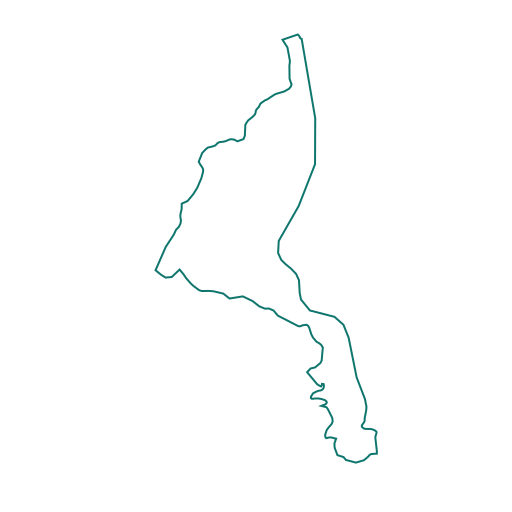 the District of Geylegphug, rotated 264°
{"feature_id": "BTN-2482", "entity_name": "Geylegphug", "entity_type": "District", "adm_level": 1, "iso_a3": "BTN", "parent_name": "Bhutan", "parent_adm1": "", "projection": "orthographic", "projection_center": [90.239, 26.953], "detail": "fine", "context": "isolated", "style": "outline", "palette": "teal", "viewbox_px": 512, "rotation_deg": 264, "n_neighbors": 0, "source": "natural_earth", "source_scale": "10m", "svg_char_len": 2612}
<svg xmlns="http://www.w3.org/2000/svg" viewBox="0 0 512 512"><g transform="rotate(264 256 256)"><path d="M83.5,347.2L80.7,346.8L79.4,346.1L76.6,343.6L75.1,343.4L73.3,345.0L72.5,347.0L72.4,348.8L72.2,349.7L72.2,350.6L71.7,352.9L70.5,355.5L68.8,357.4L67.6,357.4L64.2,356.0L62.8,355.7L48.7,355.8L46.7,355.4L46.9,353.9L47.0,349.7L46.3,348.3L44.3,346.0L41.6,342.0L40.1,333.7L43.8,324.1L46.9,322.0L49.4,316.2L55.8,314.5L57.5,314.2L60.0,314.3L61.4,314.4L66.0,316.6L66.7,314.3L67.2,313.3L67.7,311.7L67.9,310.1L67.5,306.8L68.6,306.1L70.7,306.0L75.3,308.0L77.6,310.0L81.3,313.9L83.7,315.0L87.0,314.9L96.1,311.5L98.2,310.3L100.1,305.3L100.7,307.4L100.9,308.4L101.2,309.5L101.9,310.4L102.9,311.1L104.1,310.8L105.4,309.6L106.8,306.5L107.8,303.2L108.1,300.3L108.1,296.7L108.9,295.8L110.4,296.0L113.4,298.3L114.6,301.1L115.4,304.0L115.6,306.7L116.4,308.4L118.1,309.6L120.1,310.0L121.6,309.8L121.9,308.3L121.1,308.2L120.3,307.6L119.5,307.0L120.8,305.0L122.1,303.4L135.1,294.7L138.4,298.5L139.0,303.1L142.9,308.9L145.2,310.4L149.9,311.3L157.9,312.9L160.7,311.6L162.7,309.7L164.3,307.3L168.8,304.2L172.4,302.8L178.8,301.5L181.1,300.6L182.3,299.1L182.3,296.2L182.2,295.2L182.0,294.3L181.6,293.3L181.5,292.1L181.9,290.6L194.4,271.5L199.9,267.8L202.4,263.4L202.7,259.4L205.6,254.0L211.6,247.8L217.2,238.7L216.5,225.2L222.0,219.6L225.4,209.9L226.1,206.1L226.9,198.2L228.0,195.8L232.9,190.5L235.7,188.1L241.3,184.2L245.4,182.0L250.5,178.6L243.9,170.0L244.0,163.8L247.3,159.6L252.3,154.6L274.5,167.2L285.9,176.5L290.4,179.2L293.1,182.4L295.2,183.7L296.8,184.5L298.3,184.9L299.8,185.1L301.3,184.9L303.4,184.9L305.4,185.2L310.6,187.0L315.8,187.6L317.9,193.8L324.2,200.2L330.1,204.8L339.1,209.8L344.3,211.8L346.2,212.4L348.1,212.4L349.9,211.7L352.8,210.1L355.8,208.9L364.1,213.3L367.3,217.0L368.9,219.5L369.4,223.7L370.2,227.1L372.3,229.6L373.1,231.7L373.1,235.9L373.5,238.2L374.5,241.4L374.8,243.2L374.1,246.3L372.0,249.6L373.6,255.8L376.9,257.5L387.5,259.1L389.3,260.3L391.7,262.4L394.6,267.0L396.9,269.7L398.4,270.5L400.4,271.0L401.9,272.0L403.8,274.3L407.2,276.4L409.8,281.1L410.6,283.6L414.3,290.7L415.1,292.7L416.6,301.0L418.8,306.2L420.8,308.3L422.8,309.3L428.7,307.9L441.8,309.1L445.1,309.9L446.9,310.1L459.8,309.1L461.0,308.7L462.4,307.9L468.3,305.0L471.9,320.7L471.0,321.5L470.0,322.1L467.9,322.8L467.2,324.1L386.8,329.3L341.1,324.3L301.3,303.7L268.6,280.2L256.7,278.3L249.5,280.7L244.5,284.8L239.8,289.5L234.0,294.0L227.5,296.2L214.5,295.6L208.0,296.2L196.2,303.9L187.3,327.7L178.4,335.8L165.0,339.6L124.7,343.4L102.4,349.4L94.7,350.1L91.1,349.5L83.9,347.3L83.5,347.2Z" fill="none" stroke="#0f766e" stroke-width="2"/></g></svg>